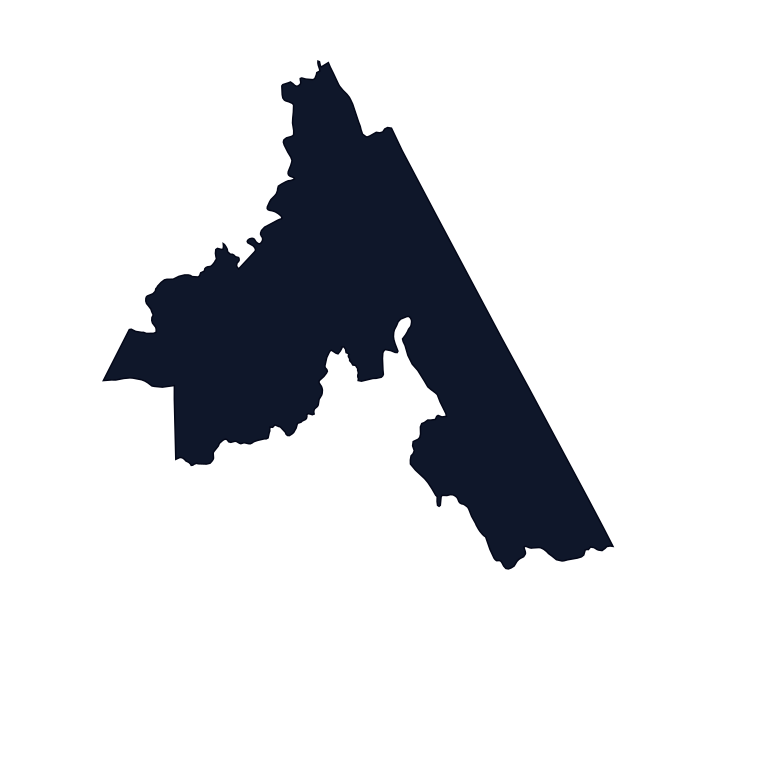 Parintins, Amazonas, Brazil, rotated 313°
{"feature_id": "56859067B7549321418483", "entity_name": "Parintins", "entity_type": "district", "adm_level": 2, "iso_a3": "BRA", "parent_name": "Brazil", "parent_adm1": "Amazonas", "projection": "equal_earth", "projection_center": [-56.927, -2.788], "detail": "fine", "context": "isolated", "style": "filled", "palette": "ink", "viewbox_px": 768, "rotation_deg": 313, "n_neighbors": 0, "source": "geoboundaries", "source_scale": "gbopen_adm2", "svg_char_len": 6171}
<svg xmlns="http://www.w3.org/2000/svg" viewBox="0 0 768 768"><g transform="rotate(313 384 384)"><path d="M421.4,662.2L428.4,642.8L439.4,611.1L479.8,492.7L497.5,439.6L543.8,305.0L567.1,238.0L576.2,215.0L574.0,211.7L571.0,210.6L567.5,211.2L564.8,209.6L562.8,206.7L555.8,204.5L553.4,203.4L552.6,202.3L552.1,197.9L554.3,193.8L556.3,190.8L558.2,186.9L567.3,170.3L569.1,165.8L570.0,163.2L570.6,159.4L570.8,153.7L571.5,148.4L572.2,146.2L576.7,135.0L579.1,128.6L581.1,124.1L573.1,121.9L573.4,120.4L575.7,117.0L575.1,115.5L573.7,116.7L572.4,118.4L570.3,122.2L569.2,123.6L565.9,122.5L563.9,123.7L560.2,125.1L558.9,124.8L557.9,124.2L553.7,118.9L551.7,115.1L550.3,114.4L549.3,115.4L548.2,117.0L547.3,117.8L546.0,118.3L543.6,118.0L542.1,117.0L541.5,115.1L541.5,112.5L541.1,109.6L539.3,108.8L533.9,105.8L532.3,106.0L526.2,112.2L524.2,114.9L523.7,117.5L524.0,118.9L525.6,122.2L526.8,125.8L526.3,127.7L521.0,132.3L515.9,136.2L512.5,139.1L507.8,145.1L504.8,147.8L503.4,148.0L501.6,147.3L497.5,144.8L494.4,144.3L493.2,144.8L492.2,145.5L490.7,148.1L487.9,155.7L486.4,161.1L484.8,164.2L483.3,165.2L480.1,166.8L474.1,169.1L472.6,170.2L471.8,171.6L471.9,173.6L473.4,177.1L472.9,178.7L470.9,177.9L469.2,177.0L467.4,175.4L465.0,174.3L460.3,172.7L456.7,171.8L454.2,173.1L452.8,174.2L449.7,175.5L447.1,175.7L441.9,175.5L439.2,176.1L433.9,177.9L432.6,179.0L432.4,180.5L433.1,182.1L434.3,183.9L435.1,185.5L435.8,187.1L436.2,189.0L436.5,190.5L436.7,194.1L435.9,196.2L434.3,196.1L433.3,195.4L431.2,194.5L417.3,189.7L412.8,189.7L410.6,190.6L409.4,191.5L408.6,193.2L408.1,195.4L406.5,197.0L404.9,197.6L402.9,197.8L401.6,197.4L400.8,195.8L400.7,193.3L401.5,190.3L401.1,188.8L400.1,187.7L398.3,186.6L396.2,186.3L395.0,186.7L394.4,188.0L395.8,193.9L395.7,195.6L395.1,197.8L393.8,199.0L392.3,199.2L369.0,199.2L369.5,196.3L370.3,195.2L372.6,193.9L374.0,194.1L375.5,193.8L376.7,192.7L377.3,191.4L375.8,188.6L375.9,186.2L375.5,184.7L374.1,183.1L374.1,179.4L375.7,177.4L376.6,174.8L377.2,172.2L377.0,170.7L375.2,172.7L372.8,174.4L371.4,173.1L369.6,169.7L367.6,169.3L364.6,171.6L363.0,173.6L361.1,176.3L359.3,176.5L357.6,177.0L354.1,177.3L351.8,177.0L349.3,175.0L347.9,174.4L346.2,174.3L344.9,175.1L343.7,175.5L340.3,174.1L337.5,175.3L335.5,175.1L331.7,170.4L331.4,168.5L330.3,166.5L327.8,163.8L322.9,160.6L316.8,158.3L312.5,153.8L310.4,152.4L306.3,151.7L301.1,151.7L299.6,152.2L298.2,152.1L295.7,153.5L292.3,153.4L287.0,150.9L285.8,150.8L284.3,151.4L282.2,153.2L280.9,155.5L280.6,157.8L279.8,162.5L278.5,164.8L277.1,168.2L274.4,168.9L272.1,170.8L270.7,173.1L269.8,178.3L268.8,179.9L266.7,181.9L265.3,181.6L263.8,180.8L258.9,175.7L257.8,172.9L256.4,171.4L253.1,166.5L251.7,161.8L250.1,160.6L195.1,176.4L201.1,181.9L204.0,185.1L210.6,189.9L215.2,194.0L217.0,196.2L221.8,203.8L223.1,207.1L223.8,210.4L224.3,215.6L225.8,217.9L230.6,224.1L239.9,231.7L229.9,241.0L186.9,283.1L190.8,284.7L191.9,285.8L192.7,287.7L192.8,289.8L192.6,291.5L193.6,294.9L193.5,297.1L193.0,298.5L194.2,299.5L195.8,299.8L198.2,301.0L198.9,302.5L204.4,308.8L207.4,310.8L210.0,310.8L212.1,310.5L213.5,309.9L216.9,306.3L218.1,305.7L225.6,305.1L228.3,304.1L232.6,304.5L234.3,304.9L235.7,305.8L236.3,307.3L235.8,309.8L236.8,311.7L240.4,314.0L241.3,315.1L242.1,318.7L242.7,320.0L245.0,321.3L245.9,322.1L248.0,325.7L249.1,327.0L251.1,327.8L252.5,328.0L254.1,328.7L256.8,330.2L262.3,333.9L263.6,335.3L265.5,336.0L270.2,333.2L271.8,332.5L272.9,331.3L274.8,330.1L276.4,332.1L279.7,332.1L281.1,336.0L281.9,337.4L281.4,344.8L280.5,346.6L280.5,348.5L281.7,350.0L284.8,350.8L286.9,351.0L291.9,349.8L295.5,347.9L296.9,347.8L298.2,348.7L299.6,349.4L301.0,349.4L304.3,350.7L305.8,350.8L307.5,349.9L309.0,348.4L310.5,348.7L311.8,350.7L312.6,352.5L314.4,353.4L315.5,351.9L316.7,350.9L318.5,350.2L322.2,350.6L323.8,350.2L328.5,347.0L333.6,345.9L335.2,345.0L337.6,343.1L338.8,341.4L339.6,339.8L340.1,337.5L340.9,335.1L342.5,334.4L348.5,334.9L352.7,334.5L354.7,333.9L355.6,332.3L355.8,330.0L356.8,328.5L364.3,324.1L369.9,322.3L371.7,322.0L372.9,322.7L373.8,327.9L374.7,329.8L378.5,329.5L381.5,328.7L382.6,328.1L383.8,329.4L383.2,332.1L381.1,334.9L381.7,336.4L381.9,338.3L380.7,338.4L379.7,339.3L379.3,340.9L378.6,342.1L377.6,343.0L377.4,345.8L376.6,348.2L378.2,350.5L377.6,352.6L377.3,354.3L376.1,355.3L375.2,356.9L374.1,358.1L372.7,358.7L371.3,360.0L370.5,361.6L368.9,362.7L370.7,365.6L380.5,372.1L382.8,374.4L387.1,377.4L389.2,377.5L390.7,376.9L393.6,373.6L401.7,365.4L406.1,361.8L408.6,361.2L410.1,361.5L413.1,366.3L414.7,370.6L416.0,372.2L417.5,371.8L421.0,364.6L423.2,360.9L425.2,358.5L428.4,355.9L430.8,354.6L435.4,353.3L439.1,351.9L442.8,351.9L448.9,354.7L450.4,356.2L450.4,358.0L449.8,359.8L449.0,361.1L447.6,362.3L445.5,363.7L444.1,364.3L440.8,364.6L438.2,365.5L434.6,366.3L429.6,366.8L428.1,369.1L426.5,373.2L421.2,382.0L417.8,391.1L417.0,399.4L413.8,411.3L411.8,418.0L412.0,422.2L412.6,427.6L412.6,430.2L409.2,437.2L404.6,449.4L402.9,451.7L399.4,448.8L397.9,445.0L396.3,444.6L393.1,445.7L389.5,442.8L387.5,440.6L383.3,439.8L380.8,438.6L377.4,439.9L372.3,444.9L369.3,446.6L366.8,446.6L361.8,444.6L358.3,447.1L355.9,451.6L352.9,452.8L349.9,452.8L346.4,455.1L343.5,457.9L342.5,465.7L342.5,478.2L341.9,483.2L340.1,490.6L337.9,497.7L337.9,499.7L334.2,503.0L331.8,505.9L332.1,507.7L333.7,507.9L340.3,502.8L342.2,502.4L345.4,506.1L348.4,508.0L350.1,510.2L350.7,512.7L350.8,514.6L350.4,516.1L349.1,518.9L348.8,520.4L349.2,522.3L350.3,524.1L350.7,526.1L351.0,529.3L350.3,531.4L347.0,538.3L344.5,546.0L343.7,547.7L342.3,552.1L341.7,554.6L341.2,558.7L341.2,560.8L341.5,562.6L335.3,574.3L331.7,583.2L331.4,585.0L331.5,586.7L333.7,589.0L334.1,590.4L333.7,592.2L332.5,595.6L332.2,598.9L333.6,601.1L336.2,602.4L339.6,603.3L344.9,602.2L347.3,602.2L349.4,602.6L352.9,603.9L355.7,603.4L356.7,602.9L357.8,601.6L359.3,598.9L360.1,597.7L361.3,597.8L362.2,598.8L363.4,601.9L364.4,603.6L365.6,604.6L369.9,608.7L371.0,610.1L371.6,611.8L372.1,613.6L372.4,617.2L372.2,620.0L372.7,624.0L373.1,629.9L376.0,634.9L377.5,636.2L380.7,638.2L388.5,644.1L392.3,646.3L395.2,646.7L399.9,644.3L401.5,645.4L402.3,646.4L405.6,646.2L407.6,649.2L408.3,652.8L408.9,654.2L410.9,657.1L414.7,657.8L417.0,657.8L419.7,659.8L421.4,662.2Z" fill="#0f172a" stroke="#020617" stroke-width="1.5"/></g></svg>